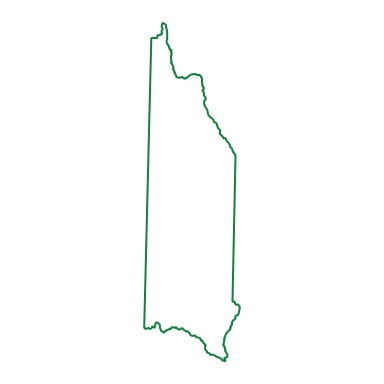 outline of Chos Malal, Neuquén, Argentina
{"feature_id": "61730980B85751419294070", "entity_name": "Chos Malal", "entity_type": "district", "adm_level": 2, "iso_a3": "ARG", "parent_name": "Argentina", "parent_adm1": "Neuquén", "projection": "mercator", "projection_center": [-70.248, -36.806], "detail": "fine", "context": "isolated", "style": "outline", "palette": "green", "viewbox_px": 384, "rotation_deg": 0, "n_neighbors": 0, "source": "geoboundaries", "source_scale": "gbopen_adm2", "svg_char_len": 5906}
<svg xmlns="http://www.w3.org/2000/svg" viewBox="0 0 384 384"><path d="M144.2,327.6L144.5,327.7L145.4,328.8L146.7,328.7L148.2,327.9L148.5,327.9L149.6,328.7L150.2,328.9L150.9,328.7L151.4,328.3L151.6,328.1L152.0,326.9L152.4,326.6L152.7,326.7L154.1,327.6L154.4,327.6L154.8,327.2L154.5,326.6L155.2,325.3L155.5,323.5L156.0,322.7L156.5,322.5L157.2,322.6L158.3,323.2L159.0,323.7L159.4,324.2L159.7,324.7L159.9,325.8L159.9,327.4L160.0,328.1L160.6,329.2L160.8,330.2L161.7,331.3L162.2,331.6L162.8,331.7L163.1,332.0L163.4,332.5L163.7,332.7L164.1,332.5L164.1,332.2L164.4,331.7L165.1,331.2L166.1,330.9L166.5,330.7L166.6,330.1L166.8,329.9L168.6,329.5L169.6,328.8L169.8,328.8L170.4,329.1L171.5,327.7L172.4,327.2L172.7,327.2L173.3,327.5L173.9,327.5L175.3,327.9L175.7,327.7L175.8,327.3L176.2,327.4L176.5,327.6L176.9,328.3L177.4,328.6L178.9,329.6L179.6,329.3L180.1,329.4L180.8,329.1L181.4,328.4L182.1,328.1L183.2,329.0L183.8,329.9L185.3,330.6L185.5,331.0L186.0,331.5L186.7,331.4L187.1,331.2L187.7,331.4L188.0,331.7L188.4,332.3L189.2,332.7L189.7,333.3L190.3,334.8L191.2,335.5L192.0,335.8L192.7,335.9L193.2,335.9L194.5,335.4L194.8,335.5L195.6,336.1L196.3,337.3L197.6,337.4L198.8,337.7L200.4,338.6L200.7,339.2L200.8,339.7L200.7,340.2L200.9,340.5L201.2,340.7L202.4,340.7L202.6,340.9L203.5,343.1L204.7,344.1L204.9,344.6L205.3,344.7L205.6,345.2L205.6,345.5L205.1,345.6L205.1,345.9L205.2,346.5L204.9,348.4L205.4,349.4L205.5,350.0L206.3,350.6L206.8,351.2L207.0,351.5L206.9,352.0L207.1,352.4L208.3,353.0L209.8,353.5L210.0,353.8L210.2,354.8L211.6,354.9L212.4,354.6L213.5,354.8L213.9,355.2L214.3,355.3L215.8,356.0L216.2,356.7L217.4,357.2L218.7,357.3L221.1,358.7L221.8,359.7L222.6,360.5L223.3,360.5L224.4,360.9L225.2,361.0L225.4,360.1L224.7,359.4L224.3,358.6L224.6,358.0L225.0,358.0L225.2,357.8L226.5,357.4L227.2,356.9L227.2,356.2L227.4,354.6L227.2,353.8L226.5,353.0L226.0,352.3L225.8,351.7L225.5,351.6L225.3,351.1L225.2,350.7L225.4,350.5L225.2,350.1L225.4,349.7L225.1,349.3L225.1,348.4L224.8,348.1L224.8,347.6L224.7,347.5L224.7,347.1L224.3,346.9L224.3,346.1L223.6,345.7L223.5,345.3L223.6,345.1L223.3,344.6L223.5,343.5L223.7,343.3L224.1,342.1L224.1,341.5L224.0,341.0L224.2,340.4L224.5,339.9L224.2,339.5L224.5,339.2L224.3,338.6L224.3,337.6L224.6,337.1L225.1,336.6L225.3,336.3L225.3,335.6L225.6,334.7L226.3,333.8L226.7,332.9L227.0,332.6L227.3,332.1L227.5,332.0L227.9,331.5L229.4,330.2L229.9,329.6L230.1,328.8L230.4,328.8L230.4,328.6L230.1,328.1L230.1,327.9L230.6,327.5L230.9,326.5L230.8,326.2L230.9,325.9L231.2,325.7L231.4,325.8L231.8,325.3L232.1,321.9L232.8,321.1L232.9,320.6L233.7,320.2L234.9,319.1L235.2,319.0L235.4,318.7L235.4,318.4L235.2,317.9L235.3,317.7L235.5,316.1L236.3,315.4L237.4,315.3L237.7,315.2L238.1,314.3L238.5,314.1L239.1,310.9L239.4,310.2L239.5,309.7L239.4,309.1L239.8,308.3L239.8,307.7L239.4,306.6L239.6,306.2L238.7,305.4L238.2,304.6L237.7,304.5L236.3,304.8L235.0,303.6L234.9,302.7L234.3,301.7L233.0,301.6L232.5,301.4L235.5,155.6L235.3,155.6L234.6,153.8L234.3,153.2L233.7,152.7L233.7,152.2L232.8,151.8L232.6,151.2L232.5,150.0L231.8,148.6L231.5,148.1L230.5,147.2L230.3,147.0L230.0,146.1L229.8,144.6L229.1,143.9L228.6,142.7L227.3,141.8L225.7,139.0L225.7,138.4L225.1,138.1L223.6,138.3L222.8,137.1L222.8,136.7L222.5,136.3L222.1,136.2L221.9,136.0L221.5,135.1L220.3,134.6L219.9,133.8L219.8,133.3L220.0,133.1L220.0,132.7L219.8,132.3L220.2,131.2L220.1,130.3L219.9,129.7L219.6,129.5L218.6,128.9L218.3,128.5L217.6,126.9L217.6,126.5L217.2,125.8L217.0,125.2L217.0,124.6L216.7,123.8L216.2,123.2L215.5,122.7L214.5,122.4L214.3,122.2L213.9,121.6L213.5,120.0L213.1,119.4L212.6,118.9L211.6,118.4L209.9,116.5L209.6,116.5L208.3,114.9L207.9,113.1L207.7,112.6L207.4,110.3L206.8,109.3L205.9,107.9L205.7,107.4L205.4,107.1L205.4,106.8L204.7,106.1L204.7,105.5L204.5,104.8L204.5,104.3L204.4,104.1L204.0,103.8L204.0,103.3L204.1,101.4L204.9,100.1L205.4,99.8L205.5,99.6L205.4,99.5L205.8,98.5L205.4,97.2L204.3,95.9L203.9,95.0L203.7,94.2L204.0,93.4L203.8,92.2L203.3,91.8L202.8,91.1L202.6,90.4L202.7,89.9L202.9,89.7L203.7,89.1L203.7,88.3L203.5,87.7L203.6,87.4L203.3,87.1L203.2,87.2L202.8,85.9L202.2,85.3L202.4,84.2L202.0,83.0L202.2,82.3L202.1,81.9L201.9,81.6L202.1,80.1L202.0,79.7L202.0,78.8L201.8,78.4L201.9,78.0L201.4,77.6L201.0,76.8L201.0,76.6L200.6,76.3L200.7,76.0L200.5,75.8L199.3,74.8L198.9,74.8L197.9,75.2L197.7,75.2L197.4,74.9L196.9,74.7L196.3,74.8L195.7,74.0L194.8,74.1L194.0,74.1L193.8,74.1L193.8,74.4L193.6,74.5L193.4,74.3L192.9,74.1L190.7,74.7L190.2,75.0L189.9,75.4L187.9,76.6L187.5,77.1L187.5,77.5L187.1,77.7L186.1,77.8L185.9,78.3L185.2,78.3L184.8,78.6L184.4,78.4L184.2,78.5L184.0,78.4L183.6,77.8L183.3,77.8L183.1,77.5L182.5,77.2L182.3,77.0L181.6,76.9L180.9,77.6L180.3,77.7L178.8,77.7L178.0,77.5L177.1,77.4L176.4,77.1L176.4,76.7L176.5,76.5L176.1,75.5L176.0,75.1L174.9,73.7L174.8,73.3L175.0,73.1L174.9,72.8L174.5,72.4L174.4,72.1L174.5,71.9L174.2,71.5L174.1,71.2L173.8,70.9L173.8,70.6L173.5,70.0L173.6,69.9L173.5,69.7L173.6,69.4L173.2,69.1L173.4,69.0L173.4,68.7L173.2,68.6L173.6,67.2L172.4,64.9L171.9,64.4L171.8,63.9L172.0,63.4L171.2,62.9L171.1,61.4L171.5,61.3L171.5,61.1L171.4,60.1L170.9,58.3L170.9,57.6L171.2,55.3L171.7,54.6L171.7,54.3L171.3,53.9L171.1,53.4L171.4,52.8L171.6,52.5L171.6,52.2L171.1,51.9L171.0,51.6L171.0,51.0L171.2,50.2L170.5,50.0L170.1,49.8L169.5,49.0L169.8,48.4L169.5,47.8L169.0,47.4L168.9,46.0L168.4,45.7L167.9,44.7L166.9,43.5L166.8,43.0L166.6,40.7L167.0,39.7L167.2,38.0L167.2,33.0L166.9,30.1L166.4,28.9L166.5,28.3L166.1,27.7L166.1,25.1L165.4,24.4L163.0,23.0L162.7,23.6L162.1,24.0L162.0,24.3L162.0,24.9L161.8,25.5L161.6,26.5L162.2,27.7L162.5,29.3L162.4,30.0L161.9,30.7L161.6,30.9L161.6,31.6L161.5,32.0L161.9,32.5L161.9,33.9L161.8,34.1L161.2,34.5L160.7,34.4L160.3,34.9L159.5,34.9L159.2,35.1L158.4,35.1L158.0,35.2L157.3,35.8L157.3,37.1L157.2,37.6L156.9,37.7L156.7,38.0L156.4,38.2L155.0,37.8L154.5,37.9L154.1,38.2L153.7,38.2L153.0,37.8L152.5,37.7L151.3,38.3L144.2,327.6Z" fill="none" stroke="#15803d" stroke-width="2"/></svg>